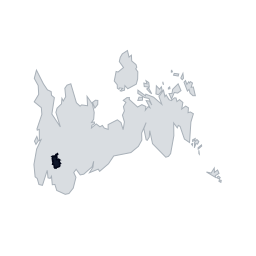 location of Hertfordshire within United Kingdom, rotated 100°
{"feature_id": "GBR-2042", "entity_name": "Hertfordshire", "entity_type": "Administrative County", "adm_level": 1, "iso_a3": "GBR", "parent_name": "United Kingdom", "parent_adm1": "", "projection": "equal_earth", "projection_center": [-0.306, 51.83], "detail": "coarse", "context": "in_parent", "style": "filled", "palette": "ink", "viewbox_px": 256, "rotation_deg": 100, "n_neighbors": 0, "source": "natural_earth", "source_scale": "10m", "svg_char_len": 4195}
<svg xmlns="http://www.w3.org/2000/svg" viewBox="0 0 256 256"><g transform="rotate(100 128 128)"><path d="M138.7,194.8L125.1,201.7L120.8,201.3L115.8,197.7L110.3,198.2L112.6,196.4L108.0,194.8L99.8,197.1L96.4,195.5L94.4,192.0L112.1,183.2L114.8,179.0L113.3,177.7L113.1,171.7L104.0,173.8L110.6,167.2L118.5,164.0L125.4,163.3L128.9,164.9L127.9,162.3L129.4,161.7L131.7,164.1L134.3,164.0L129.5,160.0L131.7,155.8L129.9,153.7L132.2,151.4L132.8,147.3L128.1,148.2L121.8,139.9L123.8,135.9L130.5,132.5L122.6,132.6L116.3,135.7L111.8,134.5L107.7,136.2L103.1,134.5L101.6,137.5L98.3,134.3L97.8,131.9L99.6,131.8L105.7,122.2L102.6,118.4L103.7,114.1L107.4,114.0L103.5,111.9L104.2,109.9L97.8,114.9L97.8,111.6L101.3,108.5L95.3,112.5L95.1,117.1L92.2,124.3L89.0,124.8L93.3,116.5L91.6,116.3L93.2,108.2L98.8,98.8L91.6,103.0L84.6,99.6L90.7,97.1L88.8,96.2L93.0,92.5L93.5,90.1L90.2,87.5L90.1,85.9L93.5,84.4L91.1,82.2L93.3,78.4L100.0,78.4L96.4,75.0L97.6,72.0L102.5,71.5L101.4,69.4L102.6,66.1L111.2,67.1L131.6,64.9L129.1,70.5L117.4,77.0L116.7,78.9L119.3,79.5L115.1,83.9L127.7,81.5L145.8,81.6L148.9,83.2L150.2,85.7L139.2,101.1L126.9,106.1L133.3,105.5L136.8,106.9L136.4,108.1L125.9,112.3L119.5,111.1L130.6,113.7L137.5,112.3L144.3,114.6L151.7,120.9L158.0,137.2L166.6,141.0L175.6,148.4L173.7,150.2L178.7,158.2L172.7,155.7L166.7,156.0L172.4,156.6L181.1,163.5L182.5,166.9L177.7,171.9L181.3,173.7L185.6,170.7L196.7,171.5L202.8,174.8L204.2,178.3L201.9,187.3L196.3,190.2L197.0,192.7L188.8,195.0L191.1,195.8L191.0,198.1L183.7,200.2L199.3,202.3L199.1,205.9L193.5,208.6L192.2,211.0L180.3,214.3L164.6,214.3L154.6,211.6L155.9,213.1L144.8,215.1L145.9,217.0L144.7,217.5L129.5,215.2L123.0,216.9L118.5,224.9L110.4,221.8L101.8,223.8L95.4,228.9L86.9,228.2L99.3,218.9L104.4,214.0L105.5,210.0L109.1,209.0L110.9,205.8L127.5,205.4L138.7,194.8ZM84.1,149.7L74.4,149.5L74.6,147.5L69.2,142.9L64.1,148.1L59.8,147.9L56.0,146.5L51.8,142.0L58.0,139.3L55.7,137.3L61.3,136.0L64.2,131.1L66.7,129.9L68.4,130.7L70.9,128.1L78.1,127.0L83.4,127.5L89.4,135.1L86.8,138.4L91.3,138.0L92.9,141.1L92.7,142.2L89.9,140.1L90.0,143.3L91.5,143.6L90.7,145.4L87.3,146.1L84.1,149.7ZM84.9,69.7L82.9,72.9L79.4,74.6L81.3,75.9L73.1,80.8L71.3,79.6L74.8,77.6L71.9,76.2L73.0,75.3L71.5,74.5L72.5,72.3L77.0,72.9L76.3,70.8L84.5,67.3L84.9,69.7ZM85.0,85.2L85.0,88.6L91.9,90.2L87.0,93.6L86.4,90.7L82.1,90.7L75.8,86.3L82.0,82.3L85.0,85.2ZM156.9,30.5L159.8,33.8L161.4,33.3L157.7,43.1L157.9,38.3L152.5,36.1L156.7,35.2L153.8,32.5L156.9,30.5ZM89.6,106.4L81.5,107.4L84.3,103.7L81.6,102.3L85.0,100.9L90.0,103.7L89.6,106.4ZM110.1,161.9L114.1,164.1L109.0,167.4L106.3,164.9L106.1,162.5L110.1,161.9ZM84.0,114.1L84.4,119.2L81.0,120.2L81.2,116.9L78.3,118.5L79.6,115.5L84.0,114.1ZM131.8,56.7L131.5,58.4L136.0,59.2L130.1,59.9L127.4,58.1L129.0,55.9L131.8,56.7ZM99.2,123.1L95.7,122.5L95.3,119.0L98.1,118.6L99.2,123.1ZM160.1,215.8L157.2,217.8L152.2,216.3L156.2,214.1L160.1,215.8ZM86.3,116.3L84.8,114.8L90.2,110.6L89.1,112.7L86.3,116.3ZM69.4,82.0L71.0,83.0L69.6,84.7L64.7,83.4L69.4,82.0ZM68.1,92.3L66.2,92.0L66.0,87.4L68.1,87.6L68.1,92.3ZM161.5,32.1L159.7,30.6L160.8,28.6L162.3,29.2L161.5,32.1ZM136.6,55.2L135.3,55.6L131.9,52.7L133.0,52.3L136.6,55.2ZM130.0,62.1L128.4,62.3L126.7,60.0L128.5,60.1L130.0,62.1ZM165.4,27.1L164.7,29.2L163.3,29.0L163.4,27.1L165.4,27.1ZM141.0,53.7L137.6,54.4L141.4,53.2L141.0,53.7ZM82.6,95.0L81.6,95.2L80.3,94.1L82.0,93.5L82.6,95.0ZM134.0,61.5L132.8,62.7L132.0,61.6L134.0,61.5ZM78.5,101.2L76.4,101.8L79.2,100.5L78.5,101.2ZM65.5,95.0L64.2,95.3L63.6,94.9L65.0,94.0L65.5,95.0Z" fill="#d9dde1" stroke="#a8b0b8" stroke-width="1"/><path d="M176.8,196.0L174.7,195.8L174.3,196.3L173.6,196.5L173.3,196.1L173.0,196.7L171.1,197.3L169.4,197.3L169.2,197.8L168.7,197.1L169.2,196.1L168.5,196.1L168.3,195.4L168.7,194.9L166.6,194.4L166.3,193.7L165.5,193.1L166.0,192.6L166.4,192.8L166.7,193.4L167.9,193.6L168.3,193.2L169.0,193.6L169.7,192.7L171.3,193.1L171.7,192.6L170.7,190.9L171.1,190.1L171.2,190.6L171.6,190.4L171.5,190.0L172.4,189.8L173.0,190.1L174.7,188.3L175.3,189.3L176.8,188.6L177.8,188.8L178.3,190.0L178.7,190.2L179.2,191.9L180.0,191.8L180.1,192.3L179.7,192.6L179.7,193.1L180.0,193.3L179.5,193.8L177.6,194.2L177.0,194.9L176.8,196.0Z" fill="#0f172a" stroke="#020617" stroke-width="1.5"/></g></svg>